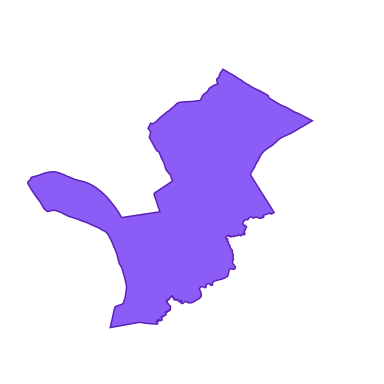 Bilene, Gaza, Mozambique, rotated 239°
{"feature_id": "85939544B43586850524471", "entity_name": "Bilene", "entity_type": "district", "adm_level": 2, "iso_a3": "MOZ", "parent_name": "Mozambique", "parent_adm1": "Gaza", "projection": "mercator", "projection_center": [33.116, -25.072], "detail": "fine", "context": "isolated", "style": "filled", "palette": "violet", "viewbox_px": 384, "rotation_deg": 239, "n_neighbors": 0, "source": "geoboundaries", "source_scale": "gbopen_adm2", "svg_char_len": 6022}
<svg xmlns="http://www.w3.org/2000/svg" viewBox="0 0 384 384"><g transform="rotate(239 192 192)"><path d="M287.3,61.6L286.1,60.2L285.3,57.0L284.6,56.0L284.0,55.7L276.4,55.6L268.3,56.0L266.9,56.2L266.4,56.2L261.9,56.7L254.5,56.6L253.4,56.7L250.2,57.8L249.5,58.3L249.3,58.9L248.6,61.7L248.0,63.2L246.2,65.8L242.0,69.1L236.8,72.3L234.3,74.1L227.3,80.3L224.9,81.9L219.8,86.2L216.3,88.5L210.4,92.8L208.9,93.8L205.5,95.5L204.4,96.3L202.0,97.6L199.6,98.1L196.2,98.1L189.5,97.5L186.3,97.0L185.7,96.9L185.3,96.6L184.9,96.8L178.9,95.9L177.1,95.5L170.5,93.4L167.8,92.8L162.8,92.7L152.5,89.9L146.3,87.9L144.2,86.9L141.2,84.7L138.6,82.4L137.8,82.0L137.2,81.2L136.2,80.6L132.1,76.0L131.9,73.6L133.0,69.2L133.0,66.5L117.9,52.1L107.4,79.8L102.5,85.8L96.7,94.1L96.8,94.7L97.1,95.0L99.0,95.1L99.3,94.9L99.4,95.4L99.6,95.7L99.5,96.2L99.9,96.4L99.7,96.6L99.2,96.7L98.7,96.3L98.6,96.5L99.0,96.9L98.9,97.2L99.5,97.9L99.2,97.9L98.9,98.1L98.4,98.1L98.3,98.5L98.0,98.6L98.2,99.0L97.9,100.0L97.6,100.5L97.8,100.7L98.6,100.9L98.9,100.7L99.5,100.8L100.8,101.4L100.9,101.6L100.8,101.8L100.1,102.3L99.9,102.6L100.1,102.9L100.7,103.1L100.8,103.2L100.1,104.1L100.2,104.8L100.1,106.1L100.2,106.4L100.5,106.5L100.8,107.0L101.4,107.2L102.6,107.0L102.8,107.3L102.9,107.7L102.6,108.5L102.3,108.8L101.8,108.9L101.8,109.2L102.0,109.7L102.6,109.7L102.7,110.0L102.5,110.4L101.9,110.9L102.0,111.2L102.6,111.4L102.7,111.6L102.7,111.8L102.2,112.2L102.1,112.6L102.3,112.8L102.7,113.0L103.0,113.4L103.8,113.5L104.1,114.2L104.9,114.6L106.3,114.5L107.4,113.7L108.2,114.2L108.5,114.1L108.7,113.8L109.1,113.8L110.4,114.2L110.7,114.1L111.0,113.6L111.4,113.7L112.2,114.7L112.2,115.0L111.8,115.5L112.2,115.7L112.0,116.1L112.4,116.5L111.8,117.6L112.2,118.2L112.8,118.7L112.9,119.5L113.1,119.8L113.0,120.6L113.5,121.1L113.1,121.6L112.8,121.7L112.4,121.7L112.2,121.6L112.1,121.0L111.8,121.0L111.5,121.4L110.7,121.7L110.1,121.5L109.8,121.1L109.4,121.2L108.8,121.5L108.4,121.5L108.5,121.8L108.8,122.1L108.3,122.6L107.5,122.8L107.3,123.2L107.6,123.6L107.5,124.0L107.0,124.0L106.6,124.2L105.8,124.1L105.2,124.5L104.4,124.6L104.1,124.8L103.9,125.9L104.8,126.1L105.0,126.4L104.9,126.7L104.4,126.9L103.6,126.7L102.5,125.6L102.0,125.4L101.6,126.0L101.4,126.4L101.3,127.1L101.6,128.7L101.2,130.3L100.6,130.9L99.3,131.5L98.5,132.3L97.2,134.9L97.0,136.3L97.1,140.6L96.9,142.4L97.1,144.2L97.8,146.1L98.3,146.6L101.5,148.0L104.9,148.3L105.4,148.8L106.1,150.5L106.1,150.8L104.7,153.3L103.6,153.5L103.5,153.9L103.1,154.4L103.1,154.9L104.3,155.7L104.9,156.6L105.3,157.5L105.2,158.5L104.2,159.9L102.5,160.1L102.0,160.4L101.7,161.3L101.8,161.8L102.3,161.8L103.8,163.1L104.1,164.7L104.1,165.7L101.8,173.3L101.4,177.1L101.4,179.1L102.9,180.9L105.2,182.8L106.1,183.9L106.2,184.8L106.1,186.0L104.8,187.1L104.3,188.0L104.2,189.1L104.4,189.6L104.7,190.1L105.6,190.6L107.2,190.3L109.3,190.2L110.1,190.2L110.8,190.5L112.2,191.1L112.4,191.4L112.2,191.9L112.4,192.4L112.9,192.8L113.6,193.1L114.9,193.2L116.0,194.4L117.5,195.1L119.4,195.4L120.0,195.9L121.3,196.6L122.7,196.1L123.9,196.3L124.6,196.0L125.2,196.1L126.4,196.9L128.4,196.6L130.7,197.6L131.8,197.1L132.4,197.2L133.1,198.4L133.5,198.4L134.2,197.6L135.1,197.3L135.3,197.4L135.5,198.0L136.1,198.6L136.3,200.0L136.1,200.6L135.7,200.7L135.4,201.4L135.1,201.6L134.7,201.0L134.3,201.2L134.1,201.9L133.7,202.1L133.7,202.6L133.4,202.8L133.2,204.0L132.4,204.5L132.2,204.8L132.2,206.2L131.1,208.7L131.0,209.2L131.4,210.3L130.7,210.7L129.5,211.0L129.5,212.5L130.0,213.7L129.8,214.0L129.2,214.0L128.8,214.2L128.6,214.4L128.5,215.1L128.7,215.6L129.2,216.0L130.3,215.9L131.4,216.7L131.6,217.0L131.8,217.8L132.0,218.1L132.5,218.3L133.5,219.7L133.7,220.5L133.9,220.8L134.7,220.8L135.5,220.5L136.3,220.0L136.7,219.6L137.3,219.4L138.6,219.2L138.9,219.2L139.4,219.7L140.1,220.9L140.7,223.0L140.7,223.7L139.7,225.1L139.5,225.8L140.3,227.2L140.6,227.9L140.6,228.6L140.4,229.4L140.1,230.0L139.6,230.4L138.2,230.8L138.0,231.1L137.8,232.9L137.5,233.8L136.9,234.8L135.6,235.4L135.1,236.4L134.1,237.3L133.8,237.9L133.8,238.5L134.1,239.3L134.0,239.6L133.5,239.8L133.6,240.6L133.7,240.8L134.8,240.9L135.3,241.6L135.3,242.1L134.6,243.5L134.5,245.8L133.9,246.7L133.8,247.2L134.0,248.1L133.9,248.3L132.8,248.2L132.3,248.6L132.0,251.7L136.3,251.8L162.5,251.2L176.7,251.0L177.4,251.8L178.2,253.0L180.9,258.1L184.0,262.7L184.7,264.5L188.6,270.6L190.0,274.8L190.2,276.5L190.6,280.8L190.6,284.1L190.9,286.3L192.5,294.1L192.5,297.3L191.3,308.2L191.2,310.8L191.3,314.0L191.2,316.9L191.4,317.6L191.2,319.1L191.1,331.9L204.1,323.9L206.5,322.0L207.9,321.0L215.7,316.7L220.1,313.4L225.8,310.1L232.4,306.8L233.3,306.5L234.2,306.6L234.9,306.9L235.5,306.8L236.8,306.3L244.0,302.1L248.3,299.1L252.4,296.6L253.0,296.3L254.1,296.1L254.8,295.5L257.0,294.3L259.9,292.8L262.8,291.7L265.2,290.2L267.9,289.1L270.3,287.8L272.5,286.8L274.1,285.6L276.0,284.6L277.9,283.8L278.6,283.1L280.2,282.3L281.3,281.7L280.3,279.8L279.8,278.3L278.9,276.7L278.4,276.0L276.0,273.6L276.4,272.9L276.4,272.4L275.9,271.2L275.1,270.8L272.7,270.0L271.5,270.0L271.5,268.7L272.0,266.8L272.2,264.7L272.1,260.7L272.0,260.3L270.8,258.3L270.1,256.1L269.9,255.2L269.7,252.5L269.4,251.3L266.8,247.2L266.4,245.8L266.6,245.0L267.4,243.6L269.8,238.2L272.5,233.4L274.6,229.0L275.6,226.4L275.6,224.5L275.1,222.3L274.8,221.7L274.6,220.8L274.1,216.8L273.5,214.5L273.5,211.7L272.8,208.0L272.5,204.5L271.8,201.4L270.9,197.9L270.7,196.5L270.7,193.6L270.9,192.9L272.3,192.1L269.1,187.0L264.9,187.6L260.7,183.5L245.5,183.0L244.5,183.9L243.9,184.1L242.0,184.1L239.2,183.7L236.5,183.2L231.5,183.0L224.6,181.2L223.0,181.3L218.0,182.3L216.8,182.2L214.3,181.3L211.4,181.1L210.5,159.6L209.7,158.3L191.6,154.3L206.2,118.8L207.3,118.5L212.2,118.6L219.0,118.2L227.4,117.1L232.2,116.3L232.9,116.0L233.4,116.0L240.0,114.0L245.2,111.9L248.5,110.3L251.8,108.3L255.9,105.2L261.8,99.3L264.0,97.4L267.9,94.7L269.1,93.6L273.4,90.7L273.6,90.4L273.9,90.3L274.6,89.5L275.8,88.8L277.1,87.7L277.3,87.3L278.3,86.6L280.0,84.8L282.1,81.1L284.0,75.7L284.9,71.6L285.0,70.3L286.1,66.1L287.0,63.1L287.3,61.6Z" fill="#8b5cf6" stroke="#5b21b6" stroke-width="1.5"/></g></svg>